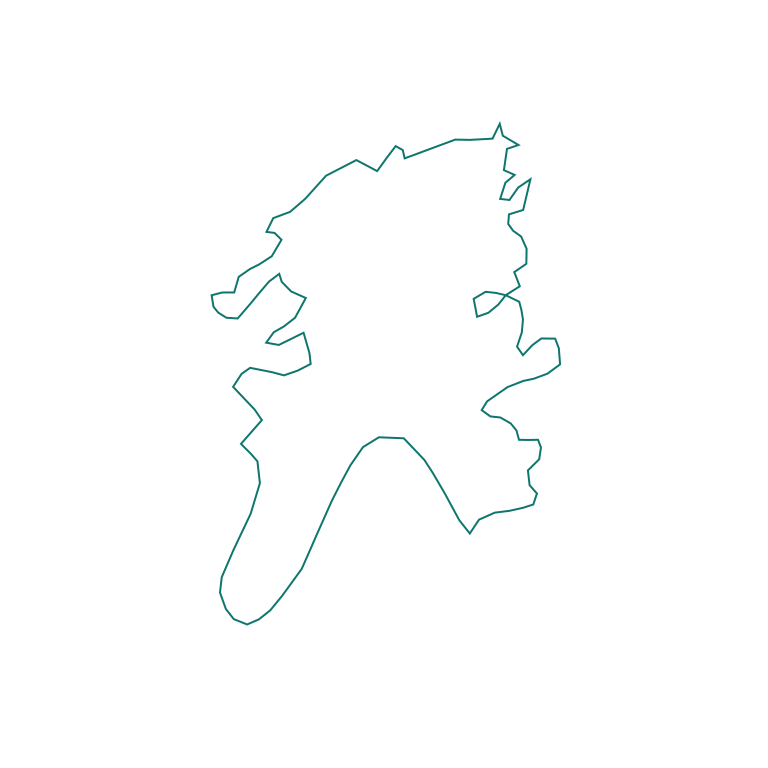 outline of Porto Mauá, Rio Grande do Sul, Brazil, rotated 216°
{"feature_id": "56859067B40873252146886", "entity_name": "Porto Mauá", "entity_type": "district", "adm_level": 2, "iso_a3": "BRA", "parent_name": "Brazil", "parent_adm1": "Rio Grande do Sul", "projection": "equal_earth", "projection_center": [-54.66, -27.584], "detail": "fine", "context": "isolated", "style": "outline", "palette": "teal", "viewbox_px": 768, "rotation_deg": 216, "n_neighbors": 0, "source": "geoboundaries", "source_scale": "gbopen_adm2", "svg_char_len": 1907}
<svg xmlns="http://www.w3.org/2000/svg" viewBox="0 0 768 768"><g transform="rotate(216 384 384)"><path d="M337.7,527.4L331.6,542.9L344.4,551.1L339.5,564.9L348.1,577.2L359.7,583.9L369.7,583.9L377.6,586.5L382.6,594.7L373.7,606.6L385.9,635.7L390.9,621.9L390.7,606.6L398.8,602.0L404.1,618.2L401.2,629.9L412.7,627.5L422.7,646.5L415.7,656.4L433.8,654.7L443.3,662.5L440.4,646.3L458.0,632.0L470.0,623.6L499.9,578.7L506.3,584.3L514.4,583.3L514.7,569.5L514.7,552.2L538.0,548.9L553.3,518.5L556.6,487.4L561.2,468.0L571.1,453.1L568.5,438.0L561.3,441.9L551.7,440.4L549.9,421.4L555.4,407.2L560.0,398.3L564.5,385.3L559.0,370.0L568.7,362.9L575.6,354.5L567.4,346.3L560.0,344.3L550.4,345.0L540.9,351.0L539.3,370.0L538.3,386.0L537.2,399.4L533.5,411.5L526.7,406.5L513.5,404.3L497.8,407.6L494.9,385.3L498.9,371.5L503.6,361.2L503.6,348.2L492.0,353.8L479.2,378.2L462.4,365.1L455.1,357.1L461.8,343.9L470.0,332.2L481.2,327.9L501.8,318.4L505.2,308.5L504.4,293.0L486.7,289.7L473.7,287.3L461.6,283.0L464.5,251.5L449.7,249.1L440.9,247.0L426.1,230.8L415.6,200.6L408.3,161.7L401.7,132.3L394.1,118.9L387.0,114.0L379.6,109.0L367.3,105.5L353.4,109.0L346.9,120.0L343.0,134.0L341.9,152.8L341.9,186.1L346.8,208.8L349.7,221.9L357.6,259.1L360.7,278.5L363.4,298.4L363.9,320.6L356.8,337.9L336.1,351.7L306.7,346.3L292.2,340.7L270.5,331.2L242.9,318.0L226.7,313.5L227.4,330.1L218.8,345.0L208.0,355.1L198.8,365.5L192.4,374.3L195.9,385.3L206.7,387.7L216.8,398.7L214.2,414.3L219.7,424.9L226.6,429.4L234.0,423.8L242.0,418.2L249.4,424.2L258.3,426.6L270.2,425.3L278.9,420.3L289.6,420.3L290.4,430.5L285.9,443.6L282.2,454.2L273.1,468.4L266.0,476.2L257.8,488.5L253.1,503.4L263.6,515.7L272.2,521.3L283.5,513.3L286.9,502.3L288.5,489.0L298.3,492.4L302.8,506.7L309.5,517.9L316.3,524.6L322.9,530.0L337.7,527.4ZM337.7,527.4L338.2,515.5L341.4,503.0L348.2,493.1L361.5,505.6L356.0,518.3L346.9,523.5L337.7,527.4Z" fill="none" stroke="#0f766e" stroke-width="2"/></g></svg>